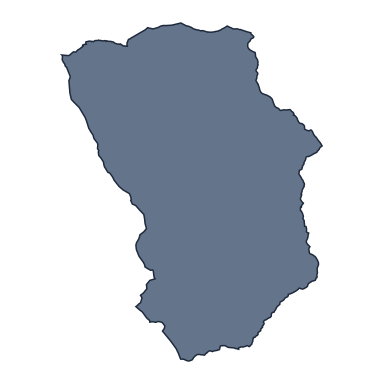 the district of Rau Alb, Dâmbovita, Romania
{"feature_id": "2599482B47539139457453", "entity_name": "Rau Alb", "entity_type": "district", "adm_level": 2, "iso_a3": "ROU", "parent_name": "Romania", "parent_adm1": "Dâmbovita", "projection": "natural_earth1", "projection_center": [25.346, 45.149], "detail": "fine", "context": "isolated", "style": "filled", "palette": "slate", "viewbox_px": 384, "rotation_deg": 0, "n_neighbors": 0, "source": "geoboundaries", "source_scale": "gbopen_adm2", "svg_char_len": 5911}
<svg xmlns="http://www.w3.org/2000/svg" viewBox="0 0 384 384"><path d="M180.6,359.1L182.6,359.1L184.1,359.4L187.2,360.8L189.1,361.0L191.9,360.0L192.5,359.5L193.4,357.9L194.7,356.4L197.1,354.6L199.2,354.4L201.1,354.8L202.7,354.8L204.2,355.2L204.8,354.9L206.0,353.3L206.6,353.2L207.8,351.9L209.7,350.7L212.2,351.5L212.7,351.5L213.5,351.0L217.0,350.4L219.2,349.7L219.5,349.5L220.3,346.2L222.0,345.5L222.4,345.8L223.2,345.6L223.9,345.7L225.0,345.6L228.1,347.4L234.2,347.9L235.4,348.6L236.8,348.6L237.5,349.0L238.7,349.3L238.6,347.8L240.1,347.4L240.7,347.0L241.5,346.8L242.8,347.1L245.8,346.2L247.0,345.7L247.6,345.7L248.8,346.5L249.6,346.5L250.5,345.4L251.8,344.1L252.0,343.1L252.9,340.8L252.8,339.2L253.5,338.5L253.5,337.7L253.7,337.4L255.2,337.1L255.7,336.4L256.6,335.5L257.1,335.5L257.5,335.2L258.1,334.2L257.9,333.3L258.2,332.5L260.7,330.7L260.6,330.0L260.8,329.8L261.0,328.7L262.5,327.4L262.4,326.4L262.6,325.9L263.1,325.5L263.8,324.4L264.1,323.6L263.8,322.7L263.3,322.0L263.7,321.3L264.6,320.3L266.2,319.7L268.6,318.0L270.3,317.4L271.2,316.3L271.5,313.3L273.0,312.2L273.6,312.3L274.1,312.1L274.2,311.6L275.6,309.6L276.4,307.8L277.4,306.4L279.8,304.4L279.9,302.6L280.4,301.9L282.3,301.0L284.0,299.7L284.3,298.9L285.0,298.0L287.6,296.7L288.3,295.6L288.2,294.4L291.2,293.5L294.0,292.1L296.5,290.6L298.2,289.3L299.1,288.1L302.3,289.1L303.6,288.8L306.5,287.2L307.5,286.2L308.3,283.6L312.1,281.2L314.4,280.6L315.3,280.2L315.8,279.2L315.8,278.4L316.0,278.0L316.7,277.8L317.1,276.9L316.8,275.1L317.5,272.5L317.2,271.0L317.2,268.1L318.5,264.7L318.5,263.4L318.3,262.2L317.2,259.8L315.8,257.4L315.0,256.5L312.6,254.8L310.0,253.7L309.4,253.0L308.9,249.7L308.9,248.5L309.9,246.7L307.5,244.2L306.5,242.7L306.3,241.0L307.6,238.3L308.1,235.9L308.1,235.0L308.7,233.1L306.8,232.2L306.4,231.7L306.6,229.1L306.0,226.5L304.7,226.3L304.5,226.0L304.5,224.1L304.1,221.7L304.3,221.1L302.9,218.3L303.4,216.4L302.6,213.7L301.7,211.8L301.2,210.9L300.5,210.7L300.4,210.1L300.5,207.2L300.9,206.7L301.4,207.0L301.8,205.1L303.3,203.5L303.4,203.1L302.6,202.5L301.6,201.3L300.5,199.6L300.5,198.3L301.7,194.8L301.0,194.1L301.6,193.0L301.6,192.5L302.0,191.7L302.1,190.4L303.1,188.2L303.9,187.0L304.2,186.1L304.0,185.7L304.4,184.5L304.3,183.3L303.7,182.6L303.2,181.0L302.7,180.0L301.8,179.1L301.4,177.9L298.9,174.0L298.9,173.6L299.4,170.4L301.1,169.6L302.0,168.9L302.0,167.8L302.4,167.2L302.6,165.9L303.8,164.4L304.1,162.3L305.1,160.6L305.7,159.3L306.0,157.3L307.0,156.6L308.4,156.6L310.7,155.6L313.0,154.3L313.5,153.7L314.2,153.6L316.8,152.3L317.5,151.0L318.2,150.5L318.4,149.9L319.3,149.2L319.7,148.0L320.1,147.5L322.1,145.9L320.3,142.8L318.6,140.8L315.9,137.0L314.7,135.9L313.5,134.1L312.5,131.7L311.5,130.3L310.9,130.0L310.4,130.0L309.5,130.7L308.8,130.8L306.6,130.2L304.9,129.3L304.6,128.7L304.5,126.6L304.4,125.9L303.7,125.0L302.2,123.7L299.9,123.3L299.0,122.5L297.6,120.1L297.2,118.4L296.0,116.7L294.9,115.7L293.5,115.1L294.1,114.6L293.3,112.5L291.3,111.1L290.6,110.0L290.2,109.7L289.3,109.6L286.4,110.0L283.5,109.8L280.7,110.5L279.9,110.2L279.4,109.4L278.7,108.7L278.1,108.2L276.8,107.8L275.8,107.1L274.7,106.0L273.3,102.5L272.5,100.0L272.1,99.0L270.3,97.1L267.0,95.2L265.9,94.9L262.7,93.7L261.6,93.0L260.8,92.1L259.9,90.3L259.2,87.4L258.3,85.1L258.2,84.2L257.1,82.9L257.1,82.5L256.0,80.7L255.9,80.3L256.7,78.6L256.9,76.0L257.8,74.0L257.7,73.0L256.3,71.3L256.0,70.5L256.1,69.7L257.3,68.0L257.5,67.6L257.4,66.3L258.1,64.9L257.7,63.5L258.0,62.4L257.9,61.3L257.3,59.4L256.1,57.7L256.1,57.4L255.5,56.4L255.5,54.8L255.1,52.5L252.7,51.5L249.8,49.8L248.2,48.0L247.7,46.3L247.8,43.6L248.1,42.9L250.1,40.9L251.0,38.9L253.3,37.8L253.7,37.2L253.8,36.8L253.2,35.9L251.4,34.3L250.9,33.7L250.9,32.8L247.1,31.8L240.2,29.5L239.8,29.7L238.2,29.1L236.8,28.8L234.6,29.0L233.5,28.9L232.6,28.6L230.9,27.7L229.5,27.2L227.2,26.0L224.7,27.7L222.2,28.9L220.5,30.1L218.8,30.6L218.7,30.9L218.3,31.1L215.9,31.4L213.6,32.0L210.9,32.2L207.3,32.0L202.8,30.6L200.6,30.8L198.7,30.1L197.1,29.9L193.6,28.9L191.5,27.5L188.9,26.4L186.0,25.7L180.9,23.0L171.7,25.2L164.7,25.6L163.8,25.4L160.6,26.1L158.3,27.4L153.2,28.9L149.1,28.1L147.8,27.6L146.2,28.9L145.8,29.5L130.3,38.5L130.1,38.9L128.5,39.4L127.1,42.7L127.0,43.8L127.0,45.0L127.4,46.2L127.0,46.3L124.3,45.9L123.7,46.1L122.5,45.4L120.5,44.0L120.2,43.9L119.6,44.3L118.8,44.0L117.7,44.1L116.6,43.8L115.6,43.4L115.0,43.3L113.0,41.8L111.9,41.9L111.0,41.4L108.1,41.3L107.2,40.9L106.7,40.9L106.3,41.4L105.4,40.7L104.8,40.6L103.7,40.9L102.4,40.9L100.6,40.4L99.9,40.6L98.6,40.1L98.1,40.4L95.1,40.6L93.2,41.7L92.9,41.5L92.1,41.4L91.5,41.5L90.9,41.2L89.1,41.1L85.9,41.9L85.8,43.3L86.2,44.3L84.3,44.4L83.7,44.9L82.9,44.9L82.7,45.3L83.2,45.8L83.1,46.2L82.5,46.3L82.2,46.9L79.4,49.1L78.3,49.6L77.3,50.4L76.2,51.8L75.7,52.0L73.4,51.9L71.4,53.5L69.5,55.3L68.1,55.6L61.9,55.0L62.1,55.2L62.5,56.6L62.2,59.7L63.5,62.5L64.5,63.6L65.5,66.5L66.6,67.3L70.2,76.4L70.1,77.6L68.9,80.7L69.9,92.9L71.3,99.3L73.6,101.9L79.2,107.5L85.1,117.4L86.6,121.2L88.8,128.3L90.9,131.9L93.0,135.0L94.0,138.6L97.5,143.2L97.8,144.8L97.5,148.7L98.7,150.4L98.3,152.3L98.8,155.5L101.0,158.1L103.5,162.1L103.8,164.4L104.4,166.7L108.0,172.5L109.3,172.7L110.2,173.6L112.6,177.0L114.1,180.2L119.1,186.5L123.2,190.0L129.4,193.6L130.8,197.0L131.2,199.5L130.7,200.4L132.4,204.1L135.7,205.5L139.4,209.8L143.8,214.4L144.5,218.3L145.1,223.7L146.5,228.6L143.8,231.8L140.0,234.7L139.0,238.4L136.4,243.0L135.9,245.4L136.4,249.7L139.0,256.2L143.4,262.4L144.6,264.7L145.0,266.9L147.5,268.5L150.4,270.2L152.8,270.1L153.3,271.1L154.0,276.9L155.1,278.8L149.8,280.4L146.4,284.6L146.9,288.6L143.6,292.8L140.5,295.3L142.0,297.8L140.6,302.7L139.0,303.8L137.1,305.7L135.9,306.6L139.6,309.9L142.4,312.0L145.9,316.9L147.2,318.5L148.8,319.8L149.8,320.7L149.8,322.1L153.0,321.7L154.3,322.1L156.0,322.3L157.3,321.7L158.5,321.5L161.9,322.3L162.8,323.2L164.8,325.8L164.4,328.3L162.5,331.1L170.7,341.1L176.2,348.7L178.4,353.4L180.6,359.1Z" fill="#64748b" stroke="#1e293b" stroke-width="1.5"/></svg>